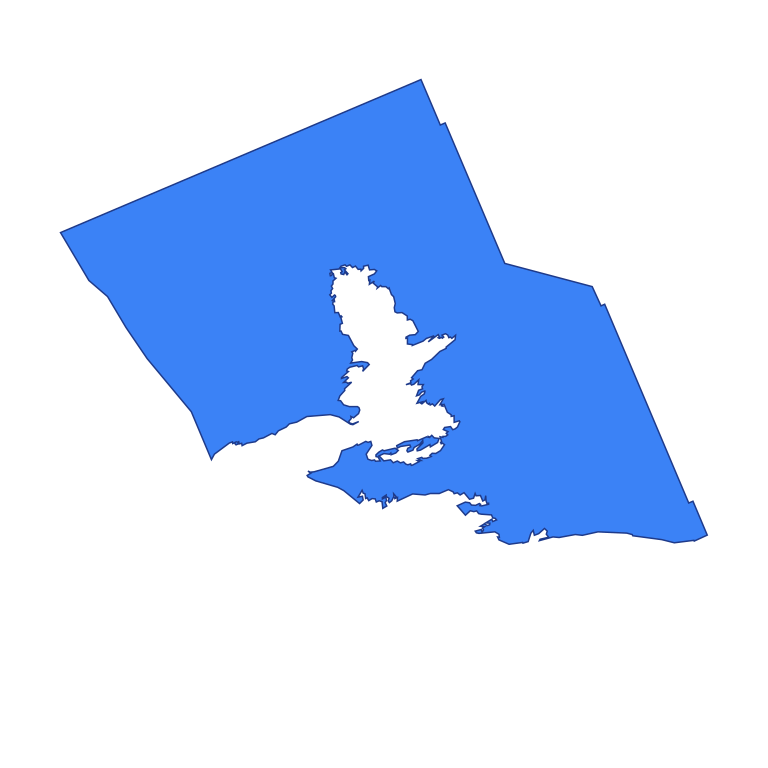 outline of 98, Ar Rayyān, Qatar, rotated 67°
{"feature_id": "91078587B41884610793448", "entity_name": "98", "entity_type": "district", "adm_level": 2, "iso_a3": "QAT", "parent_name": "Qatar", "parent_adm1": "Ar Rayyān", "projection": "mercator", "projection_center": [51.33, 24.623], "detail": "fine", "context": "isolated", "style": "filled", "palette": "blue", "viewbox_px": 768, "rotation_deg": 67, "n_neighbors": 0, "source": "geoboundaries", "source_scale": "gbopen_adm2", "svg_char_len": 6171}
<svg xmlns="http://www.w3.org/2000/svg" viewBox="0 0 768 768"><g transform="rotate(67 384 384)"><path d="M118.2,622.6L173.4,615.2L195.5,604.3L231.3,599.4L268.1,592.1L334.2,572.2L386.2,572.4L382.3,567.5L377.9,549.4L378.1,546.1L379.7,546.5L379.5,541.9L379.7,544.8L382.2,544.0L382.2,541.5L380.3,541.4L380.3,540.3L382.6,540.7L383.0,538.2L385.3,538.7L384.9,533.3L386.9,525.0L385.7,520.5L386.5,516.0L385.7,506.5L388.2,504.0L385.8,499.5L385.4,490.8L383.7,486.7L385.0,479.2L383.8,467.7L391.2,445.4L396.8,438.2L407.9,430.6L409.3,428.5L408.7,421.9L408.5,428.5L406.5,430.8L404.6,431.0L403.0,427.7L400.9,427.2L403.2,425.2L401.3,419.0L398.5,416.5L396.0,416.3L394.4,417.3L391.3,424.7L387.4,429.3L382.4,430.5L381.2,432.6L377.7,429.3L374.6,422.6L373.0,422.2L369.7,413.1L369.1,417.3L367.7,417.7L366.8,420.6L364.4,414.4L362.7,415.2L362.3,421.0L361.5,420.6L358.6,411.9L357.4,413.3L355.8,411.9L355.2,409.0L356.4,401.6L358.3,400.7L358.9,396.6L362.0,396.8L364.0,398.7L360.3,390.0L357.9,390.8L354.6,395.8L351.7,406.5L349.6,403.6L347.2,403.4L343.5,400.7L341.8,401.1L341.8,397.4L342.7,397.4L341.4,394.9L336.9,396.8L325.4,397.8L322.1,402.7L318.4,402.9L318.0,404.0L311.9,401.1L311.9,398.6L305.7,397.7L305.7,396.5L304.5,396.9L304.9,398.1L300.4,398.1L299.1,401.4L292.6,399.4L290.5,400.0L288.5,398.9L288.9,397.3L287.2,396.9L286.8,398.5L284.8,394.4L283.5,394.2L282.7,394.8L283.9,398.1L280.7,399.1L279.8,396.9L277.4,396.4L276.1,394.0L273.3,394.2L272.0,391.9L269.2,390.7L267.9,386.9L266.7,388.2L262.6,387.5L261.8,388.2L263.6,389.8L263.4,391.1L261.0,390.6L261.0,388.2L258.1,388.6L261.0,379.1L264.3,378.6L264.5,380.3L265.9,380.5L267.5,378.3L265.5,376.2L269.0,375.4L268.4,374.1L263.4,375.8L263.0,374.1L261.4,374.9L259.7,379.1L258.7,377.4L259.1,373.3L261.0,372.5L261.0,368.8L264.5,367.5L264.3,364.2L268.4,363.0L269.2,360.5L270.9,360.9L269.6,357.6L267.6,356.8L268.4,352.2L273.3,352.7L274.8,348.1L277.0,346.5L278.9,349.8L279.1,356.4L282.8,357.6L282.8,356.4L286.5,358.5L285.5,352.7L286.9,354.5L292.2,351.9L293.1,352.7L292.0,348.6L293.5,348.0L295.1,344.2L298.0,342.8L297.6,341.8L304.6,342.2L307.4,341.0L314.4,342.2L317.7,344.7L321.8,345.7L323.7,344.1L325.3,339.5L330.5,336.0L334.2,337.5L334.6,334.6L337.0,332.7L349.0,331.9L350.8,335.9L349.1,341.2L349.5,345.4L350.6,346.0L351.0,344.5L356.3,346.8L358.8,342.5L359.6,342.9L359.8,331.3L358.6,327.2L359.2,319.0L362.5,326.8L359.7,314.8L362.1,314.6L362.5,316.1L363.6,315.2L363.6,312.8L364.6,312.4L364.2,310.7L361.7,311.5L361.7,307.8L363.8,306.2L366.7,306.2L366.7,304.5L368.5,303.7L367.1,299.1L371.0,301.2L374.3,312.4L375.5,312.8L375.9,319.8L380.0,330.6L381.0,338.0L385.7,343.4L384.9,347.9L389.0,356.2L390.8,355.2L391.4,358.3L393.3,358.7L393.2,364.1L393.9,359.5L395.7,359.1L395.9,356.6L393.7,350.4L397.8,352.9L399.9,348.0L401.5,350.2L403.5,350.4L403.3,354.6L407.6,358.7L407.8,355.8L406.2,352.5L406.4,349.2L407.2,349.4L408.9,350.9L409.7,355.0L414.6,361.2L415.4,355.8L416.3,357.5L417.1,356.9L415.5,351.7L417.9,352.1L420.0,350.9L419.6,349.7L421.4,349.7L421.2,347.2L424.1,345.9L420.4,338.1L420.8,335.2L424.9,340.6L425.3,338.9L426.6,339.6L427.4,338.5L426.2,338.5L426.2,336.7L434.8,336.7L438.5,334.2L440.1,334.8L440.6,331.9L446.7,334.4L447.3,329.1L448.4,328.9L452.3,333.2L453.1,336.1L452.9,338.6L449.2,339.4L447.7,345.2L449.1,347.2L452.9,343.7L453.7,346.0L455.7,345.2L456.3,347.7L455.3,350.2L456.1,350.6L454.5,353.0L459.8,353.5L459.8,354.7L461.4,354.7L461.5,353.1L463.5,352.0L467.4,358.0L468.2,363.4L466.6,366.7L467.6,369.6L469.2,368.8L469.0,373.7L467.6,377.4L466.3,377.9L465.9,382.0L468.8,379.9L467.5,383.2L469.2,382.0L469.8,389.4L469.6,390.7L467.9,390.7L467.7,393.6L466.3,395.2L463.4,396.4L463.0,399.7L460.1,401.8L460.1,406.3L456.4,407.6L454.7,414.2L448.2,416.6L448.0,411.3L450.8,406.3L450.2,404.7L451.9,405.1L452.1,400.1L450.7,396.8L447.4,398.9L445.5,410.0L444.1,411.2L444.7,415.4L446.1,419.1L447.7,419.7L449.0,417.9L453.3,417.6L451.8,422.0L450.2,422.4L449.6,425.3L446.9,428.2L441.6,427.8L435.8,419.1L431.7,418.6L431.5,421.5L429.7,423.2L430.3,431.0L430.0,432.3L428.8,432.3L429.8,437.2L429.0,448.8L437.2,456.2L440.0,462.8L437.5,482.7L436.3,486.4L434.4,488.0L436.7,486.8L437.3,484.7L438.1,490.5L439.8,490.3L446.5,484.7L461.0,467.0L466.4,462.7L484.5,453.2L482.6,448.5L478.9,447.7L478.0,452.2L473.3,445.7L476.4,445.8L477.6,444.4L482.2,445.6L482.2,444.0L485.4,443.6L484.8,439.8L486.3,437.0L489.6,437.2L489.6,434.1L491.6,431.8L498.0,433.7L497.4,429.1L493.7,429.3L492.1,427.1L488.8,426.6L489.2,430.4L487.9,429.9L487.1,425.4L488.4,426.0L491.2,424.0L493.3,425.8L495.3,425.4L494.5,422.5L491.3,418.8L488.8,418.0L492.9,416.7L492.7,418.4L493.7,418.8L493.7,415.9L497.0,417.6L496.4,400.6L502.2,389.5L502.9,384.1L506.4,375.9L506.4,366.0L510.3,362.5L512.4,362.3L512.8,359.0L515.9,357.3L515.3,352.8L523.5,350.3L524.1,346.2L520.4,342.9L522.9,342.9L524.3,338.8L530.3,338.8L530.1,336.3L526.5,334.0L531.3,335.7L534.2,335.9L534.6,334.3L535.6,334.7L534.4,341.7L533.4,343.3L532.5,342.1L531.3,342.9L531.5,347.1L529.6,350.8L526.8,351.6L524.5,355.3L524.7,364.2L536.6,360.3L534.4,354.1L536.6,351.2L537.0,348.3L540.3,347.5L541.8,345.4L546.5,336.2L549.8,336.2L551.1,334.1L553.1,333.5L553.1,337.6L550.6,337.6L551.6,344.6L553.5,340.9L554.9,341.8L554.7,344.2L552.0,346.3L552.6,350.8L554.7,347.1L555.1,349.6L557.2,349.4L558.8,351.7L555.9,351.3L555.1,357.5L557.1,357.1L558.6,355.0L563.4,339.7L567.2,336.9L570.2,337.7L569.2,339.2L572.4,339.1L580.4,331.5L584.0,318.3L584.8,318.3L585.4,312.9L578.7,307.1L577.0,303.8L582.0,304.7L582.2,300.1L579.7,292.7L583.2,291.2L585.7,293.3L589.4,292.3L587.9,301.0L588.9,302.2L590.8,288.2L593.7,282.8L597.3,266.7L600.8,260.5L603.7,244.8L616.1,218.8L619.6,214.3L620.9,214.3L635.8,189.1L643.6,178.8L649.0,159.8L649.8,159.8L649.4,145.5L612.6,145.4L612.6,150.0L396.8,149.7L396.9,153.7L375.7,154.3L320.2,225.7L167.6,225.7L167.6,231.0L118.2,231.0L118.2,622.6ZM458.8,357.6L455.7,354.5L453.2,358.8L449.9,360.1L450.8,362.5L449.9,363.4L450.7,363.4L449.3,365.4L449.3,375.3L448.3,375.3L445.1,387.7L445.7,396.4L448.2,396.8L448.0,393.1L450.3,384.0L452.3,384.0L452.5,387.3L454.4,389.0L456.0,388.6L456.2,383.2L454.2,381.1L453.4,374.5L451.1,370.4L453.4,371.2L456.7,379.1L458.5,379.5L459.1,376.2L457.7,365.4L460.0,365.9L458.8,357.6Z" fill="#3b82f6" stroke="#1e3a8a" stroke-width="1.5"/></g></svg>